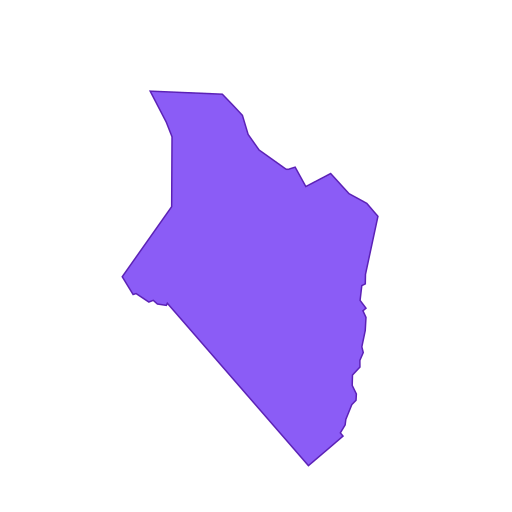 Lycoming, Pennsylvania, United States of America (orthographic projection), rotated 230°
{"feature_id": "52423323B77713055923502", "entity_name": "Lycoming", "entity_type": "district", "adm_level": 2, "iso_a3": "USA", "parent_name": "United States of America", "parent_adm1": "Pennsylvania", "projection": "orthographic", "projection_center": [-77.127, 41.333], "detail": "fine", "context": "isolated", "style": "filled", "palette": "violet", "viewbox_px": 512, "rotation_deg": 230, "n_neighbors": 0, "source": "geoboundaries", "source_scale": "gbopen_adm2", "svg_char_len": 808}
<svg xmlns="http://www.w3.org/2000/svg" viewBox="0 0 512 512"><g transform="rotate(230 256 256)"><path d="M61.9,190.1L62.1,206.9L66.3,206.9L69.3,215.7L73.1,219.8L80.6,233.9L81.2,239.9L85.8,244.2L95.0,246.5L102.8,253.4L104.1,264.2L109.3,268.5L113.1,276.1L118.4,278.7L128.7,291.8L138.3,300.8L145.3,302.7L145.3,306.7L155.1,307.2L165.3,318.0L164.4,321.8L171.6,328.1L208.0,374.9L214.9,374.8L225.1,374.7L244.0,367.3L271.2,366.2L277.2,338.8L298.9,343.1L301.1,337.8L301.2,337.3L301.6,336.5L302.5,335.5L302.9,335.0L304.0,334.6L335.2,326.5L354.2,328.1L372.5,336.0L385.3,335.3L401.6,334.2L450.3,280.9L416.2,273.3L401.3,268.3L348.0,223.1L326.1,140.2L305.5,137.1L304.3,140.0L289.6,144.3L288.1,148.8L282.6,149.6L275.8,155.6L276.8,157.7L61.7,161.4L61.9,190.1Z" fill="#8b5cf6" stroke="#5b21b6" stroke-width="1.5"/></g></svg>